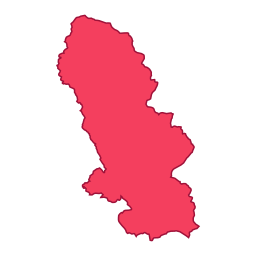 the district of Quynh Nhai, Son La, Vietnam
{"feature_id": "81297802B11613956410948", "entity_name": "Quynh Nhai", "entity_type": "district", "adm_level": 2, "iso_a3": "VNM", "parent_name": "Vietnam", "parent_adm1": "Son La", "projection": "albers", "projection_center": [103.617, 21.775], "detail": "fine", "context": "isolated", "style": "filled", "palette": "rose", "viewbox_px": 256, "rotation_deg": 0, "n_neighbors": 0, "source": "geoboundaries", "source_scale": "gbopen_adm2", "svg_char_len": 5769}
<svg xmlns="http://www.w3.org/2000/svg" viewBox="0 0 256 256"><path d="M193.0,145.3L192.8,145.2L192.6,144.3L191.4,143.9L190.7,141.4L190.1,139.7L188.1,138.6L187.7,137.5L186.9,137.0L185.7,134.7L185.5,133.8L184.4,133.4L182.6,133.8L182.5,133.4L182.5,131.0L182.1,130.0L181.1,129.2L180.8,128.4L181.1,127.4L181.1,127.0L180.9,126.9L178.3,126.7L177.4,127.0L175.1,126.2L174.3,126.1L173.0,126.6L172.4,127.3L171.2,127.0L170.5,123.2L171.4,119.0L172.1,118.0L172.4,115.7L173.1,114.2L173.0,113.8L171.8,113.7L171.4,113.1L170.7,113.0L166.5,113.6L162.6,112.7L161.3,112.8L160.8,112.9L159.7,113.4L159.1,114.4L158.7,114.7L158.1,113.4L157.9,113.2L155.7,112.5L154.6,111.3L153.9,109.0L153.3,108.2L152.2,107.6L150.9,107.2L147.7,106.8L147.0,106.1L146.0,104.2L146.9,100.5L148.1,100.0L149.1,99.7L150.6,98.8L151.5,94.3L152.4,92.5L155.0,90.0L156.1,87.5L156.7,86.5L157.4,84.7L157.6,83.3L157.7,83.0L157.6,82.5L157.3,82.2L155.8,82.1L155.0,81.8L154.7,81.3L154.8,80.0L154.6,79.6L151.2,80.0L150.7,79.7L150.5,78.6L150.6,76.7L151.4,75.7L151.2,73.8L151.3,72.7L151.0,71.5L149.6,69.3L148.5,68.3L146.9,67.3L144.8,66.8L144.5,66.5L143.8,65.2L142.8,64.3L142.1,64.1L141.7,63.5L141.8,62.8L144.2,58.7L144.2,56.8L144.0,55.3L143.6,54.8L141.5,53.6L137.0,52.6L135.0,51.3L134.3,50.6L134.0,48.3L132.7,46.2L132.1,44.4L132.2,43.2L132.1,42.0L132.6,41.5L132.7,41.0L132.2,39.9L132.0,38.9L131.8,38.3L130.6,36.5L130.0,35.9L129.3,35.8L129.1,35.6L128.7,34.7L128.5,33.4L127.9,33.0L127.2,32.9L123.7,33.0L121.4,33.2L120.1,33.2L119.5,33.0L119.0,32.2L117.7,31.0L116.7,30.4L114.6,29.5L112.3,27.6L111.8,27.0L111.0,25.4L110.5,23.9L110.0,23.1L107.8,23.0L106.1,23.1L99.2,20.7L97.7,20.4L95.1,20.2L94.1,19.3L92.6,18.9L91.4,18.2L88.6,18.4L87.3,17.7L85.8,16.4L85.2,15.6L84.8,15.4L80.7,16.2L79.3,17.0L76.7,17.5L75.8,18.2L73.2,21.8L71.1,23.7L71.1,24.1L71.8,25.6L72.0,27.6L71.4,28.4L71.2,29.1L71.4,30.0L71.8,31.1L71.8,31.8L70.9,33.0L70.5,34.3L70.1,35.2L69.4,35.7L67.3,36.6L66.3,37.3L65.5,39.3L65.4,40.8L64.6,41.7L66.1,42.6L66.5,43.2L66.9,44.5L67.0,46.5L67.7,47.8L67.4,48.2L65.2,49.5L63.9,51.0L63.7,51.4L63.9,53.2L62.6,53.1L62.1,53.3L59.9,54.3L59.0,55.3L58.9,56.4L59.3,57.1L60.8,57.4L60.8,58.0L58.7,59.2L58.5,59.5L58.3,62.2L58.9,63.1L58.9,63.4L58.1,65.0L57.9,65.2L57.3,65.2L57.0,65.4L57.0,65.7L57.9,66.9L57.8,68.3L60.4,70.7L60.0,71.9L58.8,74.0L58.8,74.9L59.0,75.3L59.7,75.9L61.5,76.9L60.7,79.3L60.8,79.9L61.7,80.6L63.4,81.3L63.3,81.7L62.4,82.8L62.4,83.2L63.4,83.9L64.4,83.6L66.1,84.2L67.9,84.1L68.6,84.2L69.4,85.2L69.8,86.7L70.1,87.1L73.0,88.3L74.3,89.2L74.5,89.6L74.6,92.7L75.5,93.5L75.6,94.7L76.6,95.8L77.2,97.2L77.6,99.8L76.8,101.4L78.5,103.0L78.9,103.0L79.3,102.6L79.8,102.6L80.4,103.2L80.7,104.1L81.5,104.3L81.8,104.8L82.5,106.7L82.5,107.2L81.4,109.7L80.3,110.7L81.4,111.4L82.7,114.3L83.7,115.5L84.9,117.4L85.0,117.8L84.0,119.5L83.1,123.1L82.4,124.7L82.4,125.1L82.7,125.8L82.2,126.5L82.3,127.6L82.8,128.3L84.4,129.8L86.1,130.6L87.0,131.7L88.0,132.2L88.4,133.1L89.4,133.8L89.3,134.7L90.2,136.1L90.1,137.6L90.9,139.6L91.9,140.5L93.8,142.9L95.6,143.8L95.6,144.1L94.9,144.7L94.9,145.2L96.3,146.9L96.2,148.3L97.0,149.8L97.6,152.3L99.8,155.6L100.8,157.9L100.7,158.4L100.0,159.1L100.0,159.3L102.8,163.7L103.7,164.6L104.1,165.7L104.3,167.3L106.0,168.8L105.9,169.5L104.7,170.6L104.5,172.4L104.2,172.6L103.6,172.5L102.6,171.3L101.8,170.0L99.6,168.0L98.3,168.6L96.8,168.9L93.4,171.3L92.9,173.8L90.0,175.9L90.1,176.9L88.8,179.6L89.0,180.3L89.7,181.0L89.1,181.1L87.3,182.8L86.7,182.9L85.9,182.7L85.4,183.0L84.7,183.0L84.4,183.8L83.0,184.6L82.5,185.2L82.6,186.7L83.8,186.7L83.3,187.5L83.4,187.9L83.9,188.3L85.3,187.8L86.0,188.6L86.1,189.1L85.9,190.3L86.0,191.1L88.6,192.2L89.4,193.0L89.8,193.8L89.5,194.8L91.2,194.9L92.3,194.8L93.9,193.6L95.6,193.2L99.1,193.5L101.2,193.0L103.1,194.7L102.9,195.0L102.1,195.7L101.8,196.3L100.8,197.2L100.7,197.5L104.0,197.2L106.7,197.9L107.1,198.2L107.4,198.7L107.9,200.3L108.3,200.8L108.6,201.0L111.0,201.6L112.2,202.4L113.7,202.4L115.0,202.2L116.1,201.5L117.3,199.8L117.9,199.5L118.1,199.5L118.9,200.2L119.6,200.2L120.4,199.3L120.9,198.5L121.0,196.1L122.2,197.2L122.8,198.4L124.8,199.7L126.3,200.9L127.0,201.6L127.7,202.9L127.4,204.2L127.5,204.6L129.8,206.3L131.3,208.3L131.6,209.0L131.5,209.3L131.2,209.7L128.7,210.2L125.2,210.4L124.1,210.8L122.4,212.9L121.9,212.6L121.4,212.6L120.2,213.5L119.3,214.5L118.7,215.5L118.5,217.8L118.5,220.0L118.9,221.5L119.9,223.0L122.1,225.7L124.7,228.5L125.8,230.3L126.3,231.9L126.9,232.8L127.8,233.4L128.9,232.8L129.3,232.8L131.9,234.0L133.7,233.6L134.5,233.7L136.2,236.4L136.7,235.5L137.4,234.9L140.4,233.6L141.2,233.4L142.8,233.6L144.4,232.6L145.0,232.6L147.5,234.1L149.0,234.2L149.2,234.8L150.2,240.3L151.8,240.6L152.3,240.4L152.9,239.4L152.9,239.2L153.0,238.9L153.8,238.0L154.6,237.8L157.8,237.7L159.8,237.2L161.0,235.5L165.1,233.9L166.1,233.9L167.5,232.1L170.9,231.2L174.6,231.1L176.2,230.8L179.9,231.7L186.3,235.8L188.6,237.6L189.6,235.1L189.6,234.5L189.3,233.0L189.6,232.2L191.7,231.2L192.5,230.0L195.3,228.9L197.0,228.5L199.0,226.3L197.1,225.0L195.9,224.3L193.7,221.8L193.3,220.9L193.2,219.0L193.3,217.9L193.6,216.8L194.3,215.7L194.4,215.1L194.0,212.0L193.5,210.9L193.8,209.8L195.0,208.0L195.1,206.7L194.3,204.8L194.1,203.5L193.5,202.7L190.9,201.7L190.8,201.4L192.0,199.2L192.4,197.9L192.3,197.6L192.1,197.3L191.1,196.9L189.5,196.5L188.8,195.7L188.6,195.0L189.9,193.3L191.1,190.4L191.0,189.1L190.4,188.3L189.1,187.4L188.7,187.0L188.4,186.1L188.0,185.6L187.0,185.1L186.4,184.2L185.2,183.6L184.5,183.6L183.3,183.6L181.7,184.0L180.6,183.5L180.2,183.0L180.0,181.6L179.3,181.6L178.8,181.3L174.9,178.3L170.7,177.1L171.3,176.0L171.5,175.5L171.3,174.2L171.6,172.0L172.0,171.1L173.0,169.6L174.1,168.7L180.9,165.0L183.6,162.9L186.8,157.9L188.2,156.7L191.1,153.1L192.2,152.3L192.7,150.6L193.3,149.3L194.1,147.2L193.9,146.4L193.0,145.3Z" fill="#f43f5e" stroke="#9f1239" stroke-width="1.5"/></svg>